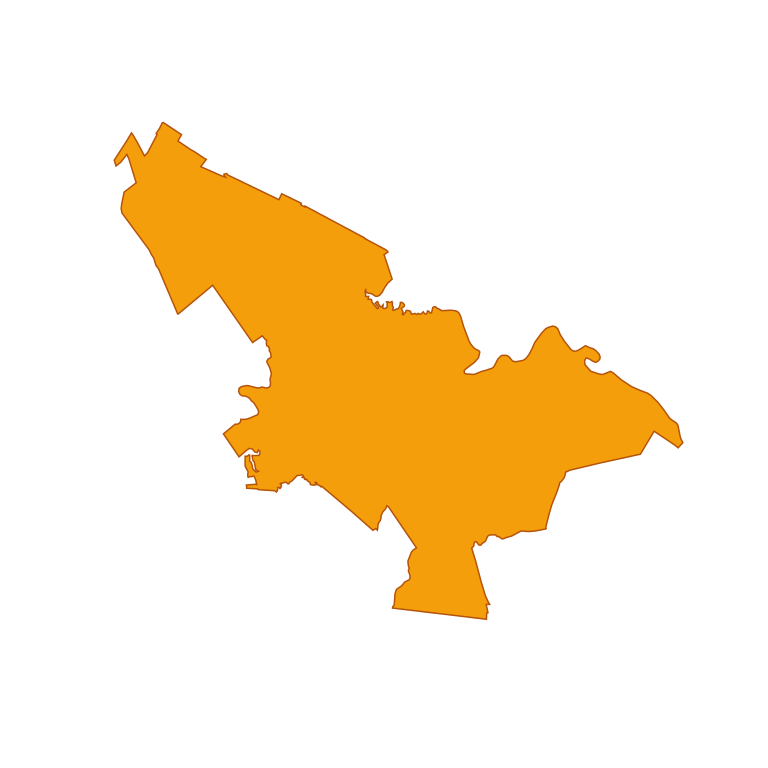 Ghimpati, Giurgiu, Romania (Natural Earth projection), rotated 280°
{"feature_id": "2599482B55466329645382", "entity_name": "Ghimpati", "entity_type": "district", "adm_level": 2, "iso_a3": "ROU", "parent_name": "Romania", "parent_adm1": "Giurgiu", "projection": "natural_earth1", "projection_center": [25.769, 44.173], "detail": "fine", "context": "isolated", "style": "filled", "palette": "amber", "viewbox_px": 768, "rotation_deg": 280, "n_neighbors": 0, "source": "geoboundaries", "source_scale": "gbopen_adm2", "svg_char_len": 6158}
<svg xmlns="http://www.w3.org/2000/svg" viewBox="0 0 768 768"><g transform="rotate(280 384 384)"><path d="M466.6,533.7L460.9,530.0L451.2,525.3L444.5,523.7L438.3,521.7L434.5,519.8L432.6,518.3L431.4,516.7L430.0,513.2L428.9,510.2L428.7,507.9L429.2,506.3L432.3,502.7L433.2,500.8L433.4,499.0L432.8,495.6L432.4,494.8L431.1,493.7L428.3,491.8L420.6,489.4L418.6,488.1L415.4,482.4L413.2,477.7L409.5,471.9L408.7,469.3L408.7,466.6L408.2,464.7L408.3,462.6L408.6,461.5L409.3,461.0L411.2,460.7L412.8,461.7L420.7,469.0L422.6,470.3L426.4,472.5L432.0,472.8L432.8,472.3L433.4,471.1L434.3,467.9L435.6,465.6L438.6,462.3L440.9,460.4L454.3,452.5L463.8,447.8L466.7,445.7L468.1,443.7L468.5,441.6L468.3,437.3L466.3,428.5L466.5,427.0L467.1,426.0L468.1,422.4L468.9,421.6L469.0,420.9L468.5,419.4L467.7,418.8L462.3,418.4L462.1,416.7L463.2,415.8L463.6,414.6L463.3,414.1L460.8,414.0L460.4,413.6L460.2,411.8L461.9,410.1L460.0,408.8L458.9,407.3L459.5,405.3L458.1,404.2L458.9,402.3L458.3,401.2L457.7,398.7L459.5,397.9L460.4,396.9L460.6,395.9L460.4,393.4L460.2,392.9L458.4,393.0L457.5,392.0L455.5,391.0L455.9,389.9L458.2,390.3L461.3,387.9L464.0,390.4L465.4,390.3L466.7,389.2L467.5,387.4L467.4,386.4L467.0,385.9L465.7,386.1L463.3,385.9L460.9,385.1L460.4,384.6L460.3,383.7L458.7,381.6L458.1,380.3L458.1,380.0L458.6,379.7L461.1,379.8L463.0,378.5L465.4,378.2L466.6,377.5L465.3,375.9L465.3,374.8L465.8,373.5L465.3,372.2L464.0,373.3L463.0,373.2L460.4,373.8L459.4,373.1L458.4,371.4L458.3,370.5L458.3,370.0L458.7,369.6L461.7,369.4L459.5,368.0L459.4,367.3L462.0,364.5L463.9,363.7L464.1,363.1L462.0,361.3L458.8,365.1L457.7,365.3L457.1,364.2L462.5,357.9L464.8,357.1L465.1,356.2L464.7,353.6L467.6,353.7L467.0,350.7L470.2,350.1L472.2,349.1L473.5,349.6L471.7,350.2L471.2,350.8L470.7,352.8L470.8,356.1L469.0,360.3L469.1,361.9L470.5,364.2L474.0,366.3L478.6,367.7L484.0,370.2L488.7,373.8L511.4,361.6L514.7,365.0L515.4,364.4L516.4,362.7L523.1,342.3L524.1,339.4L524.5,339.4L545.5,275.3L544.6,275.3L545.7,271.9L546.1,270.9L547.6,271.2L553.6,250.2L547.3,248.5L562.6,194.2L564.0,192.6L562.8,189.9L561.8,190.3L560.2,191.9L560.9,187.3L566.2,165.8L574.3,170.0L575.0,167.9L579.3,158.3L581.5,152.3L587.5,138.9L594.4,141.3L603.2,121.2L602.8,120.3L597.2,118.7L591.0,116.1L590.3,117.2L570.7,111.0L567.0,108.5L579.1,99.1L586.1,93.2L587.4,91.7L578.0,88.1L557.6,79.5L552.2,82.2L556.8,86.3L565.4,90.9L561.3,93.7L539.1,105.0L527.9,94.8L516.2,94.4L511.1,94.7L506.8,96.3L475.2,129.6L471.4,132.2L468.1,135.3L461.3,138.8L458.1,142.1L417.1,168.7L417.3,169.3L451.5,198.1L402.0,247.4L410.3,255.7L407.0,259.6L406.8,260.8L403.3,261.1L401.3,261.9L401.2,262.9L400.6,264.0L400.0,264.1L398.3,265.4L397.0,265.1L394.9,266.9L391.2,268.1L389.9,267.5L388.6,265.6L386.3,264.7L385.2,264.9L380.1,268.7L375.3,271.0L373.7,271.3L368.8,270.9L365.5,272.0L362.5,272.3L361.1,271.5L359.8,269.7L359.6,267.6L359.9,264.3L358.9,262.7L358.2,260.8L358.1,259.7L358.8,250.4L358.5,248.6L356.7,244.1L354.6,242.0L351.2,242.3L349.2,243.5L347.7,246.1L348.0,249.8L347.3,252.7L346.1,254.7L344.6,256.0L343.4,258.3L342.2,259.7L337.5,263.9L334.9,265.4L331.9,265.0L326.3,256.4L325.1,253.6L324.3,249.1L321.9,249.2L320.1,248.2L318.7,246.1L318.7,244.5L307.0,234.5L287.1,253.9L294.3,259.7L295.0,259.9L295.5,260.9L297.2,262.4L297.0,263.3L297.2,265.5L294.6,268.5L294.5,271.2L297.2,271.7L296.3,273.2L295.6,273.6L294.2,273.8L292.0,273.4L290.7,267.5L290.8,266.6L290.0,266.6L286.2,268.2L285.3,268.8L285.2,269.4L284.0,270.1L277.5,272.5L276.3,275.5L275.0,273.4L277.2,270.0L278.3,269.2L281.4,268.1L283.9,266.6L284.8,265.1L290.7,264.1L290.8,263.3L288.8,261.7L289.0,260.2L288.7,259.8L279.5,261.4L277.7,262.4L274.0,265.4L271.1,265.5L268.9,266.1L268.5,266.5L269.4,267.6L269.7,269.7L270.6,270.9L270.7,272.0L266.9,274.5L262.9,276.0L263.1,275.5L260.6,266.0L257.5,266.9L258.8,277.7L258.3,278.1L258.2,279.5L259.9,294.7L259.0,296.8L259.7,296.9L260.1,297.5L262.1,297.6L263.4,297.2L264.1,298.4L263.0,299.6L263.5,300.2L265.8,300.7L266.8,300.4L267.3,299.3L267.7,299.1L268.2,299.5L268.6,300.9L270.3,304.0L269.7,305.7L269.0,306.6L269.2,307.7L270.6,307.9L272.8,310.4L278.6,314.2L280.3,319.1L279.9,320.2L279.1,320.7L278.4,320.5L278.2,319.6L277.9,319.5L277.7,320.1L278.0,321.7L277.4,322.2L276.6,322.2L276.3,322.6L276.4,323.8L276.6,323.9L276.2,324.3L276.3,324.9L275.3,325.5L274.7,327.0L273.6,328.6L272.4,328.8L272.1,329.1L272.1,331.8L272.7,334.1L273.5,334.9L274.8,333.4L275.3,333.5L275.4,334.2L275.2,334.8L273.7,335.3L273.0,336.7L272.8,338.3L271.7,339.8L272.5,340.4L252.8,374.3L238.0,398.5L240.2,401.1L238.9,402.8L240.6,402.9L244.0,402.5L246.8,403.0L249.1,404.1L251.8,404.3L254.1,404.0L258.0,405.1L261.4,407.3L264.6,408.0L263.7,409.9L228.3,444.4L225.5,441.5L223.2,440.2L213.7,438.3L209.3,439.5L206.9,440.9L205.6,440.4L203.8,440.6L200.4,442.7L197.2,443.4L195.5,442.7L192.5,438.7L188.4,436.5L183.9,431.9L179.4,431.3L168.1,432.4L165.9,431.2L164.8,431.3L170.1,525.7L176.4,524.9L176.8,526.1L184.7,522.9L185.3,526.3L187.7,524.3L193.3,520.5L206.1,514.0L225.8,504.9L237.5,498.9L240.1,500.5L242.9,500.4L244.0,500.7L244.6,501.4L244.5,502.4L243.7,503.6L241.9,505.2L242.1,507.3L244.4,508.6L244.9,509.4L247.0,511.3L252.1,512.5L253.7,514.3L254.8,520.0L253.3,522.1L253.7,522.8L253.6,523.6L252.1,526.6L252.1,528.1L254.2,531.4L256.4,536.1L262.8,544.2L263.2,545.6L263.7,551.3L264.7,555.6L265.6,558.8L269.4,568.6L269.8,568.8L271.1,568.2L285.0,569.2L294.1,570.2L307.6,573.0L315.4,574.2L317.1,574.1L319.7,576.1L322.7,577.5L324.4,578.0L328.3,578.2L329.6,578.8L329.7,580.1L330.8,580.9L331.3,581.8L343.8,610.7L359.4,648.7L384.4,658.2L374.2,681.3L372.2,684.7L378.1,688.5L381.4,686.0L383.9,684.7L393.8,680.9L395.5,679.7L396.7,678.0L398.7,673.3L400.2,670.9L406.9,664.3L413.4,657.1L419.1,648.9L420.7,645.2L422.3,636.9L424.3,628.6L429.3,616.9L434.5,608.2L435.8,604.9L431.5,598.0L431.3,597.0L431.2,594.1L432.4,585.5L437.8,578.7L440.9,577.7L442.8,577.7L444.6,578.5L444.8,579.1L444.3,581.9L443.0,584.9L442.1,588.2L442.4,589.3L443.8,590.9L445.6,592.0L446.8,592.3L448.5,592.0L450.7,590.7L453.7,586.8L455.0,583.9L455.6,579.8L456.7,575.7L451.6,570.2L449.7,567.4L449.3,565.2L449.9,563.0L450.5,562.0L457.4,554.3L462.9,549.2L468.5,545.6L470.1,543.1L470.3,539.9L468.1,535.7L466.6,533.7Z" fill="#f59e0b" stroke="#b45309" stroke-width="1.5"/></g></svg>